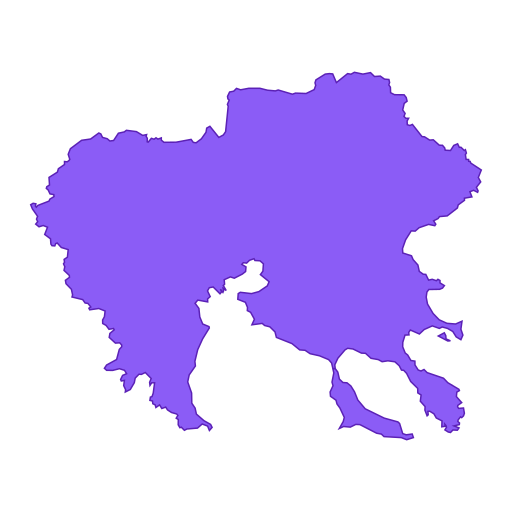 Kentrikis Makedonias, Kentriki Makedonia, Greece
{"feature_id": "26713481B13719921321351", "entity_name": "Kentrikis Makedonias", "entity_type": "district", "adm_level": 2, "iso_a3": "GRC", "parent_name": "Greece", "parent_adm1": "Kentriki Makedonia", "projection": "equal_earth", "projection_center": [23.125, 40.657], "detail": "fine", "context": "isolated", "style": "filled", "palette": "violet", "viewbox_px": 512, "rotation_deg": 0, "n_neighbors": 0, "source": "geoboundaries", "source_scale": "gbopen_adm2", "svg_char_len": 6030}
<svg xmlns="http://www.w3.org/2000/svg" viewBox="0 0 512 512"><path d="M388.9,79.5L384.5,79.1L380.3,76.1L374.5,76.5L370.5,72.6L362.9,74.1L354.4,72.3L351.0,74.2L347.6,73.6L336.4,82.6L332.7,73.9L329.4,73.6L325.2,74.1L315.9,79.9L315.0,82.8L315.7,85.4L314.2,89.6L306.1,93.5L295.5,93.1L292.4,94.2L278.2,90.0L275.4,90.9L267.5,90.2L260.0,88.3L248.7,88.3L240.6,89.8L236.5,88.4L233.7,91.2L229.6,92.0L227.5,96.4L227.9,98.9L229.2,100.1L227.4,104.4L228.2,106.2L225.6,131.7L223.3,135.0L218.8,137.4L209.9,126.3L206.7,128.1L206.0,132.3L201.4,138.8L196.1,142.8L193.3,142.4L191.1,139.4L176.1,142.2L163.9,142.3L161.3,140.1L161.3,137.9L157.9,139.1L156.0,137.8L154.1,139.2L151.4,138.3L148.2,142.1L147.2,141.8L147.3,138.3L146.1,136.3L146.6,134.6L142.7,135.4L136.4,131.6L126.4,130.3L124.3,131.9L118.4,133.2L113.6,140.5L109.9,141.0L107.2,138.7L102.5,137.4L100.8,133.9L98.8,133.0L90.6,139.0L81.6,140.3L70.4,148.7L68.2,154.3L69.8,159.4L68.9,160.6L67.2,161.8L64.5,161.5L64.5,164.5L58.4,168.7L57.4,172.1L49.0,177.4L49.5,185.0L46.8,186.7L46.3,188.4L48.2,190.0L50.0,193.9L53.8,194.6L54.0,196.6L49.9,199.1L49.0,201.1L37.9,205.4L36.3,207.2L35.4,206.1L35.9,203.8L33.1,203.3L30.7,204.7L32.4,208.9L37.6,216.3L36.5,219.1L37.7,221.7L35.7,224.1L39.0,226.8L43.2,225.5L47.5,227.2L44.7,234.5L50.5,238.8L50.9,244.1L52.0,245.7L54.8,245.9L55.7,243.6L57.2,243.0L61.3,247.5L68.2,249.6L67.4,257.2L64.1,259.4L64.5,262.3L63.5,263.8L64.8,266.7L64.0,270.4L69.3,275.4L69.5,277.3L65.4,280.3L66.0,283.7L71.4,289.3L72.6,294.9L72.0,297.0L82.7,299.6L85.1,303.0L87.9,303.4L90.8,307.0L88.9,308.2L89.7,309.8L98.8,308.5L105.1,311.0L104.4,316.8L102.6,320.0L102.7,323.5L106.1,325.4L109.0,329.3L113.5,328.5L114.2,329.8L109.9,333.4L109.2,337.4L115.4,343.1L119.7,342.8L121.7,345.0L121.7,346.8L119.3,349.4L116.6,359.5L106.6,365.0L104.4,368.3L106.6,370.3L112.7,370.4L119.4,368.7L124.5,370.3L126.6,373.7L122.6,375.4L120.6,379.5L121.3,381.0L124.4,380.4L123.7,385.6L125.6,389.7L125.3,392.0L130.3,389.5L134.3,382.7L135.2,378.1L139.0,374.2L141.4,374.4L145.3,372.5L151.2,378.5L149.6,382.3L150.0,385.4L151.7,382.8L154.6,382.8L153.2,393.2L152.0,396.6L150.4,397.1L149.9,400.4L152.5,401.0L152.8,403.7L155.2,404.9L155.9,407.5L159.6,404.9L161.8,408.5L165.7,407.1L167.5,409.9L171.5,412.5L176.7,414.0L177.9,415.4L176.2,418.2L178.3,419.5L178.2,424.8L179.9,427.7L181.3,427.2L184.4,430.3L186.9,429.0L197.5,428.1L202.2,424.0L207.6,426.1L209.4,430.5L212.1,427.4L210.6,424.4L204.0,420.7L196.4,414.1L195.1,408.1L191.8,403.2L191.6,393.0L187.7,381.9L189.2,374.9L195.4,366.0L194.9,361.3L197.7,349.7L202.6,338.9L209.3,328.0L209.0,326.6L202.7,324.0L199.8,317.0L198.9,308.4L195.1,303.3L197.8,300.1L207.7,301.9L207.6,298.9L210.2,296.6L207.5,290.9L209.3,287.7L213.2,287.0L220.0,293.8L221.6,291.9L220.4,289.2L222.9,292.4L223.6,290.8L223.1,288.3L226.2,290.5L223.3,285.5L224.6,284.2L224.2,279.7L230.4,276.9L234.3,278.2L242.3,274.1L245.6,271.5L246.0,266.9L241.8,264.4L243.3,262.7L246.6,263.1L249.5,260.3L254.0,258.7L254.9,260.5L260.0,260.8L263.4,263.8L262.9,271.2L260.4,274.6L269.1,281.7L267.3,285.9L258.9,291.6L251.5,293.6L240.3,292.3L238.2,293.6L237.8,299.3L245.4,302.3L247.5,307.4L247.3,310.6L250.6,312.3L254.4,319.2L251.9,324.8L262.2,323.4L264.6,325.5L269.8,326.8L275.0,331.9L276.4,337.4L292.0,343.6L299.7,349.9L305.1,350.3L310.1,353.7L319.5,355.8L328.6,359.6L331.6,363.0L332.9,368.7L335.2,368.5L334.8,364.8L337.9,358.2L345.1,349.8L347.7,348.3L353.0,349.0L361.4,353.1L365.5,353.3L371.0,358.3L378.3,359.6L382.1,361.7L387.9,360.8L394.9,361.8L399.2,365.7L401.5,370.1L403.7,370.3L406.6,373.4L410.7,381.5L417.7,388.4L417.8,392.9L421.1,395.0L420.3,401.2L425.1,406.6L424.9,410.1L427.1,415.8L428.2,414.8L427.9,411.4L429.7,411.2L433.9,413.8L436.3,418.0L442.0,420.9L441.8,426.8L445.1,426.3L444.9,424.3L446.0,425.6L446.5,427.2L444.9,429.9L448.2,432.0L450.5,432.5L452.9,430.0L457.4,430.2L459.0,427.9L454.0,425.9L459.3,424.6L459.5,423.0L457.8,421.4L458.2,419.8L460.5,416.9L461.7,417.6L463.5,415.9L464.4,413.3L463.5,408.0L458.6,408.4L457.6,406.8L457.8,405.4L461.7,402.6L456.4,396.6L456.8,392.1L459.4,390.6L458.9,389.3L447.8,382.7L443.5,378.2L427.1,372.6L424.0,369.5L421.0,371.0L418.2,370.0L415.0,365.0L414.9,361.1L410.9,360.5L407.7,355.0L405.2,353.0L402.7,346.8L402.8,342.3L405.0,335.1L409.0,334.9L408.7,332.5L410.3,330.0L419.4,334.0L424.2,329.5L432.3,325.9L439.4,328.4L442.2,327.0L447.5,328.4L452.8,331.5L456.2,336.9L460.9,339.7L462.9,335.1L460.9,329.2L462.0,321.2L455.6,324.0L446.9,323.3L439.2,319.8L433.1,313.5L427.5,304.0L426.2,297.1L426.9,292.1L428.8,289.5L439.7,289.3L442.5,288.1L444.4,285.6L440.0,282.9L440.0,280.5L437.9,279.3L436.4,280.7L432.2,279.3L428.6,280.1L425.8,274.4L423.2,274.2L419.3,271.4L417.9,265.0L413.1,259.6L411.5,255.8L402.8,253.0L402.5,248.6L405.6,239.8L411.2,230.9L415.2,231.1L419.1,227.7L428.6,224.4L434.8,225.7L435.8,224.2L433.6,220.8L438.0,218.6L439.5,216.6L447.2,215.9L457.4,208.0L458.2,204.9L464.5,200.3L464.4,198.2L471.9,196.9L469.9,191.7L473.6,190.3L477.6,192.3L478.1,190.9L476.4,187.3L480.7,181.9L478.3,177.5L481.3,170.0L470.8,163.1L470.1,161.4L468.7,161.3L468.6,159.5L466.1,159.4L465.4,154.6L466.4,153.1L465.4,149.7L464.3,150.5L461.0,147.3L459.3,147.3L457.6,143.8L453.8,145.4L450.5,150.5L445.2,150.2L444.7,147.9L442.5,145.3L439.3,145.2L433.3,139.8L429.7,140.1L424.5,136.8L422.0,136.6L412.4,124.4L409.9,125.5L407.3,124.7L407.1,121.0L408.6,118.3L405.9,118.3L404.0,116.5L405.1,113.4L402.7,110.0L404.2,103.4L407.1,101.2L406.2,97.5L404.1,94.8L394.5,94.7L390.6,92.7L390.4,87.2L388.8,84.9L389.6,82.5L388.9,79.5ZM342.9,382.5L339.4,379.1L337.8,372.1L335.3,368.7L332.9,368.9L333.8,372.9L332.0,382.1L333.0,385.7L330.1,392.0L330.5,396.3L336.0,400.2L337.0,404.0L339.9,408.0L344.3,417.4L343.2,421.6L339.3,428.5L343.6,426.5L350.3,427.1L355.8,424.4L359.9,424.6L376.6,433.2L381.4,434.1L384.0,436.6L401.3,437.6L406.7,439.7L413.4,437.6L412.2,434.0L406.2,434.8L402.7,433.6L399.6,423.5L397.9,421.9L384.2,418.1L365.2,408.8L357.8,400.0L354.5,391.8L350.9,386.0L347.0,382.8L342.9,382.5ZM446.0,338.9L445.8,335.7L444.3,332.8L438.3,336.0L447.8,341.0L450.4,340.8L446.0,338.9Z" fill="#8b5cf6" stroke="#5b21b6" stroke-width="1.5"/></svg>